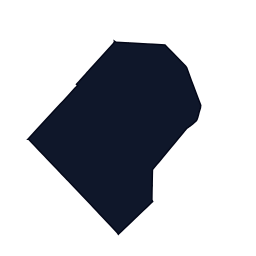 the district of Adelaide, South Australia, Australia, rotated 50°
{"feature_id": "25037944B32453744991132", "entity_name": "Adelaide", "entity_type": "district", "adm_level": 2, "iso_a3": "AUS", "parent_name": "Australia", "parent_adm1": "South Australia", "projection": "mercator", "projection_center": [138.601, -34.92], "detail": "fine", "context": "isolated", "style": "filled", "palette": "ink", "viewbox_px": 256, "rotation_deg": 50, "n_neighbors": 0, "source": "geoboundaries", "source_scale": "gbopen_adm2", "svg_char_len": 2129}
<svg xmlns="http://www.w3.org/2000/svg" viewBox="0 0 256 256"><g transform="rotate(50 128 128)"><path d="M88.2,46.3L85.7,48.9L80.2,54.7L75.8,59.5L72.3,63.2L70.0,65.6L68.7,67.0L67.0,68.8L65.2,70.7L63.7,72.4L63.4,72.6L61.8,74.4L58.3,78.1L56.9,79.6L54.6,82.1L53.6,82.4L52.8,82.6L53.0,82.7L53.3,83.2L53.6,83.9L53.8,84.5L54.0,85.3L55.1,93.5L56.1,100.8L57.1,108.2L58.1,115.6L58.4,118.1L58.7,120.1L58.8,120.8L59.0,121.8L59.1,123.3L59.6,125.9L59.9,128.4L60.6,133.5L61.0,136.0L61.2,138.0L61.3,138.6L61.4,139.4L62.2,139.4L63.4,139.4L63.3,140.4L63.3,142.1L63.4,143.2L64.2,148.7L65.8,160.4L66.2,164.8L66.3,165.4L67.1,172.0L70.4,197.8L72.3,211.9L72.8,211.3L73.3,211.3L75.5,211.2L78.7,211.0L80.0,210.9L83.2,210.7L85.5,210.6L89.0,210.4L91.3,210.2L91.7,210.2L95.5,209.9L99.7,209.7L102.6,209.5L104.2,209.4L108.6,209.1L110.0,209.0L112.5,208.8L114.0,208.7L116.5,208.6L117.5,208.5L120.4,208.4L125.3,208.0L127.0,207.9L127.9,207.9L128.5,207.8L130.7,207.6L132.9,207.5L138.0,207.2L142.5,206.9L147.4,206.6L150.9,206.4L156.8,206.0L163.0,205.6L166.2,205.5L169.3,205.3L172.2,205.1L172.3,205.1L175.4,205.0L179.7,204.7L185.2,204.4L191.3,204.0L195.2,203.8L197.2,203.7L201.2,203.5L203.2,203.7L203.1,203.2L202.9,199.2L202.6,195.4L202.4,191.5L202.2,188.3L202.0,185.1L201.7,181.3L201.6,179.6L201.5,177.7L201.3,175.3L201.2,173.7L201.1,172.2L200.9,169.1L200.7,164.5L200.4,160.5L200.2,157.8L200.2,156.4L198.4,155.9L191.9,150.3L190.3,148.9L188.7,147.5L187.8,146.6L186.3,145.4L185.5,144.7L178.3,138.4L175.6,136.0L175.1,133.5L174.7,131.3L174.3,129.1L174.0,126.8L173.6,124.5L172.6,119.4L172.3,117.6L172.0,116.0L171.0,110.6L170.3,106.8L169.8,103.8L169.2,100.5L168.2,95.3L167.9,93.5L167.0,88.5L166.5,86.2L166.5,85.8L166.0,83.2L166.2,81.4L166.2,80.4L166.3,79.7L166.4,79.1L166.4,78.2L166.5,76.2L166.5,75.6L166.4,73.4L166.4,72.1L166.4,71.5L166.3,71.0L166.1,70.3L165.8,69.6L165.4,69.0L165.0,68.2L163.7,66.3L163.3,65.7L161.6,63.4L160.0,60.9L159.4,59.9L158.9,59.3L158.4,58.8L157.4,57.7L155.1,56.9L151.0,55.5L141.9,52.3L137.7,50.8L131.8,48.8L131.6,48.7L119.6,44.3L117.7,44.1L109.8,44.7L98.4,45.5L91.7,46.1L88.2,46.3Z" fill="#0f172a" stroke="#020617" stroke-width="1.5"/></g></svg>